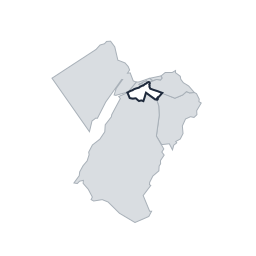 Jordan highlighted among its neighbors, rotated 55°
{"feature_id": "JOR", "entity_name": "Jordan", "entity_type": "country or territory", "adm_level": 0, "iso_a3": "JOR", "parent_name": "Asia", "parent_adm1": "", "projection": "equal_earth", "projection_center": [36.712, 31.281], "detail": "fine", "context": "with_neighbors", "style": "outline", "palette": "slate", "viewbox_px": 256, "rotation_deg": 55, "n_neighbors": 7, "source": "natural_earth", "source_scale": "50m", "svg_char_len": 3422}
<svg xmlns="http://www.w3.org/2000/svg" viewBox="0 0 256 256"><g transform="rotate(55 128 128)"><path d="M103.4,80.5L101.9,86.7L100.0,85.7L98.9,90.4L100.2,91.2L98.8,92.1L98.6,94.0L101.1,93.0L101.2,95.8L98.5,107.1L95.1,94.9L96.6,92.6L99.6,81.9L103.4,80.5Z" fill="#d9dde1" stroke="#a8b0b8" stroke-width="1"/><path d="M103.4,80.5L99.7,81.8L104.3,71.0L106.7,71.3L107.5,74.0L104.7,76.7L103.4,80.5Z" fill="#d9dde1" stroke="#a8b0b8" stroke-width="1"/><path d="M101.1,93.0L98.6,94.0L98.8,92.1L100.2,91.2L98.9,90.4L100.0,85.7L101.9,86.7L101.1,93.0Z" fill="#d9dde1" stroke="#a8b0b8" stroke-width="1"/><path d="M121.2,88.3L119.0,79.8L130.5,72.5L132.3,64.2L131.7,59.2L134.5,57.5L137.0,53.3L139.2,52.2L145.2,53.1L147.1,54.8L149.5,53.7L153.2,61.8L156.6,63.9L157.2,67.9L154.6,70.3L153.6,75.7L157.5,82.3L164.1,86.1L167.0,91.5L166.4,96.6L168.1,96.6L168.3,100.4L171.4,104.1L164.6,103.2L160.9,110.0L150.9,109.4L135.5,95.1L127.6,90.2L121.2,88.3Z" fill="#d9dde1" stroke="#a8b0b8" stroke-width="1"/><path d="M102.8,84.4L104.7,76.7L107.5,74.0L106.7,71.3L104.3,71.0L103.9,65.7L107.9,59.9L108.2,56.1L109.9,57.4L115.6,55.5L118.3,56.8L122.6,56.7L128.4,54.2L137.0,53.3L134.5,57.5L131.7,59.2L132.3,64.2L130.5,72.5L108.7,87.2L102.8,84.4Z" fill="#d9dde1" stroke="#a8b0b8" stroke-width="1"/><path d="M98.7,108.2L104.6,109.3L108.2,104.5L112.3,103.6L113.2,101.2L114.9,100.0L109.6,92.9L121.2,88.3L127.6,90.2L135.5,95.1L150.9,109.4L165.7,110.7L167.1,114.1L170.9,113.9L173.3,120.1L176.0,121.8L177.0,124.3L180.8,127.3L181.6,135.2L184.9,141.4L186.7,142.9L188.1,142.3L192.0,154.3L208.6,158.0L209.7,156.4L212.4,161.7L209.4,176.5L193.0,183.9L177.1,186.8L171.9,190.2L168.1,198.0L165.5,199.3L164.1,196.8L155.5,195.7L147.6,196.5L145.3,194.6L143.8,198.2L144.4,201.4L142.0,203.8L139.1,195.3L136.2,192.7L133.1,186.4L131.5,180.3L127.6,175.2L125.2,174.0L121.5,166.9L121.0,157.4L117.8,149.2L112.3,144.8L109.3,135.2L107.7,133.6L99.5,117.4L96.9,117.5L98.7,108.2Z" fill="#d9dde1" stroke="#a8b0b8" stroke-width="1"/><path d="M108.9,161.7L43.6,161.7L45.3,109.0L44.0,103.3L45.5,98.9L44.8,95.9L46.9,92.5L53.9,92.3L66.6,97.4L73.0,93.1L77.7,92.6L81.4,93.4L82.8,97.0L84.1,94.6L92.4,96.7L95.1,94.9L98.5,107.1L94.3,119.2L93.0,120.4L88.8,114.9L85.2,104.6L84.6,105.3L93.9,131.3L102.5,147.5L101.4,148.8L101.6,153.5L108.9,161.7Z" fill="#d9dde1" stroke="#a8b0b8" stroke-width="1"/><path d="M103.2,84.3L103.8,84.4L104.1,84.7L104.6,85.7L105.5,85.9L105.8,86.2L106.3,86.7L106.8,86.9L108.6,87.2L110.0,86.2L111.3,85.3L112.6,84.3L113.5,83.6L115.1,82.4L116.2,81.7L117.5,80.8L118.9,79.8L119.3,81.4L119.7,82.9L120.0,84.4L120.4,86.0L120.0,86.1L120.4,87.3L120.9,87.1L121.4,87.0L121.7,87.7L120.9,88.6L120.1,89.4L120.0,89.5L118.9,89.8L116.9,90.5L115.5,91.0L113.7,91.6L112.2,92.1L110.7,92.6L109.4,93.0L110.1,94.0L111.3,95.4L112.1,96.4L113.1,97.7L113.9,98.8L114.8,100.0L114.2,100.4L113.2,101.1L113.0,101.4L112.5,102.6L112.2,103.5L110.7,104.0L109.2,104.3L108.3,104.5L108.0,104.8L107.4,106.0L106.8,107.2L105.8,108.2L104.6,109.3L104.3,109.4L103.5,109.2L102.1,108.9L100.7,108.6L99.8,108.4L98.6,108.2L98.8,107.3L98.8,106.8L99.0,105.1L99.2,104.3L99.3,103.7L99.7,102.6L99.6,102.2L99.7,100.8L99.7,100.6L99.9,99.9L100.2,98.8L100.5,97.9L100.7,97.5L101.0,96.6L101.3,95.5L101.1,95.0L101.1,94.9L101.2,94.2L101.4,93.1L101.5,92.5L101.6,91.7L102.0,91.1L101.8,89.5L101.8,88.7L102.0,87.8L101.9,86.6L102.0,85.1L102.1,84.9L102.2,84.7L102.3,84.6L102.9,84.3L103.2,84.3Z" fill="none" stroke="#1e293b" stroke-width="2"/></g></svg>